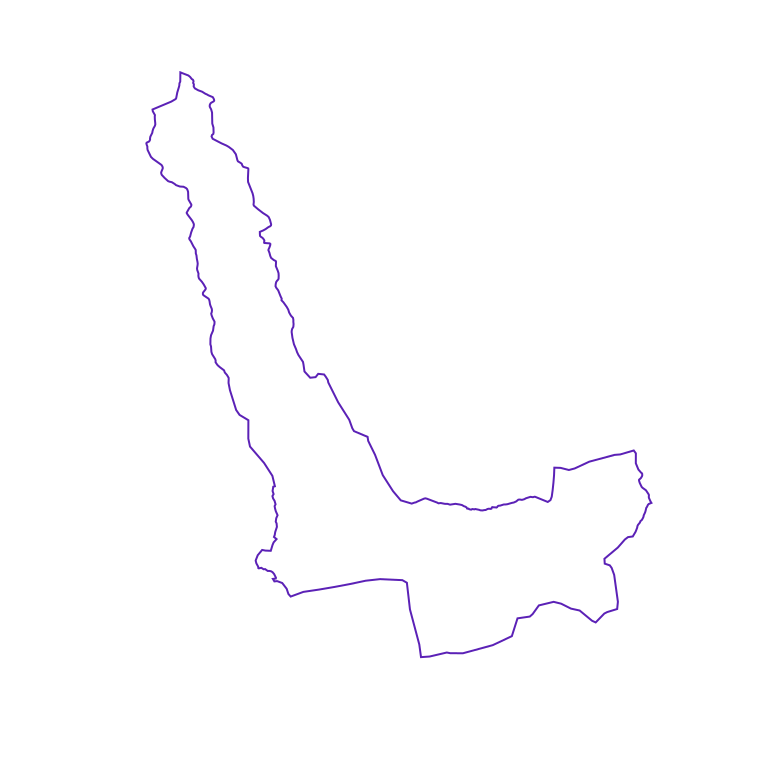 Pietrosita, Dâmbovita, Romania, rotated 13°
{"feature_id": "2599482B72915231289183", "entity_name": "Pietrosita", "entity_type": "district", "adm_level": 2, "iso_a3": "ROU", "parent_name": "Romania", "parent_adm1": "Dâmbovita", "projection": "albers", "projection_center": [25.417, 45.214], "detail": "fine", "context": "isolated", "style": "outline", "palette": "violet", "viewbox_px": 768, "rotation_deg": 13, "n_neighbors": 0, "source": "geoboundaries", "source_scale": "gbopen_adm2", "svg_char_len": 6148}
<svg xmlns="http://www.w3.org/2000/svg" viewBox="0 0 768 768"><g transform="rotate(13 384 384)"><path d="M660.7,476.6L662.4,471.3L662.8,468.5L663.0,467.1L662.9,465.5L663.2,464.1L664.5,461.5L664.7,460.0L665.9,458.3L666.6,455.7L666.7,454.7L666.6,453.6L667.3,450.4L667.4,448.7L667.4,445.7L667.9,444.5L668.3,442.5L668.9,441.4L671.3,439.7L670.2,438.6L667.7,435.3L667.4,434.4L667.1,432.6L666.6,431.9L663.1,428.6L659.3,427.0L658.2,426.3L655.4,422.8L654.3,420.9L654.1,420.2L654.1,419.8L655.4,418.0L656.1,416.0L656.2,415.1L655.8,413.5L655.3,412.9L654.5,412.6L651.1,410.1L647.2,404.6L645.0,394.9L642.3,392.6L630.0,399.5L624.6,401.2L601.5,413.5L588.8,423.4L583.5,426.2L574.9,426.0L568.8,427.2L570.2,434.6L571.3,442.1L572.2,449.5L572.8,456.1L572.3,459.7L570.1,462.1L556.6,459.9L556.0,460.0L554.6,460.8L552.1,461.0L548.7,463.0L547.6,463.7L546.9,464.5L545.0,465.6L544.2,465.9L542.4,466.0L540.9,466.5L539.2,468.7L537.1,470.3L535.3,471.1L531.2,473.4L529.6,474.0L527.7,474.5L524.5,476.4L523.1,476.8L522.3,477.5L521.9,478.6L521.3,479.1L519.8,479.2L518.8,479.5L517.6,479.5L517.1,479.7L516.8,480.2L516.8,481.2L516.6,481.4L515.7,481.8L514.3,481.9L513.0,482.5L511.4,483.9L510.0,484.3L508.6,485.0L506.4,485.4L505.0,485.2L501.0,485.3L500.3,485.8L498.1,486.0L497.4,486.7L496.4,486.9L495.0,486.8L494.7,486.5L494.2,486.4L493.4,486.7L493.0,486.7L492.3,485.8L491.9,485.6L490.7,485.2L489.4,485.1L487.2,484.4L484.8,484.4L480.5,484.7L475.5,486.7L473.0,486.5L470.1,487.1L466.1,487.2L463.9,488.0L462.5,487.6L451.5,486.1L450.0,486.1L448.8,486.7L443.0,491.0L441.6,492.2L440.4,492.7L437.9,494.3L426.5,493.6L416.9,486.4L403.3,473.1L391.2,455.0L381.4,443.0L379.9,439.2L365.4,436.7L363.1,434.3L358.2,426.7L343.5,412.2L329.4,395.1L328.3,392.7L325.6,390.0L323.5,388.2L317.6,388.9L315.8,392.7L310.7,394.5L303.7,389.7L301.2,383.2L300.1,380.7L294.1,375.0L292.1,372.5L290.5,369.9L287.3,365.5L284.4,359.6L282.3,354.1L282.1,352.6L282.1,351.1L282.8,348.7L282.4,345.9L281.7,343.9L281.3,342.0L280.5,340.1L277.9,338.3L275.5,335.7L274.0,333.1L271.9,330.8L267.6,327.0L265.3,325.5L265.1,323.8L263.7,322.1L259.8,316.5L257.3,314.4L256.3,313.1L256.0,310.8L256.0,308.9L256.5,307.6L257.3,306.2L257.6,305.2L257.0,302.1L256.3,299.7L254.9,297.4L252.1,293.5L251.3,289.2L250.8,288.5L248.7,288.0L245.6,286.5L244.3,284.7L242.9,282.0L241.2,279.5L241.3,278.4L241.6,277.0L241.9,274.7L241.8,273.2L241.0,272.7L235.7,273.5L235.4,273.3L235.1,271.0L234.3,270.1L232.7,268.9L231.0,268.3L229.9,267.6L229.3,265.7L228.8,263.7L231.8,261.5L233.8,259.7L236.1,257.1L237.6,255.9L238.2,254.9L238.1,253.8L236.0,249.8L234.1,247.3L232.3,246.3L227.5,244.6L222.1,242.1L217.1,239.5L216.5,238.5L216.2,235.9L215.3,232.8L214.3,230.2L213.0,227.7L206.1,217.7L205.1,214.0L203.5,205.1L203.2,204.5L202.2,204.3L198.7,204.1L197.8,203.9L196.6,202.7L195.8,201.4L194.4,200.8L191.6,199.9L190.8,198.9L188.0,193.5L184.1,190.0L179.4,187.9L176.8,187.1L171.6,186.1L161.9,183.6L160.3,181.6L160.4,180.1L161.4,178.8L161.4,177.4L160.1,172.4L158.1,168.9L155.4,158.2L153.8,155.3L152.1,153.4L151.6,152.4L151.5,150.9L151.9,149.5L152.4,148.8L154.4,147.0L154.8,146.2L154.7,145.8L154.3,144.9L153.3,143.7L152.6,143.0L147.9,142.2L146.4,141.7L144.7,141.4L141.0,140.1L136.9,139.6L133.2,138.5L131.7,137.0L131.5,136.5L131.5,135.5L131.3,134.7L130.3,133.6L130.3,131.8L129.7,130.9L129.3,130.5L128.1,130.1L126.0,128.4L124.0,127.4L115.5,126.2L117.4,135.0L117.4,135.5L117.1,136.7L117.1,137.4L117.4,139.0L117.4,140.4L117.0,146.4L117.2,152.2L116.9,153.2L113.2,156.7L96.7,168.6L97.4,170.3L100.3,173.5L100.5,175.1L101.2,177.7L102.4,181.2L102.8,182.7L102.6,184.4L101.9,186.6L101.7,187.8L101.6,189.8L101.7,191.4L100.7,195.6L100.8,197.5L101.1,198.5L101.0,199.3L100.6,200.5L98.5,202.2L98.3,202.9L98.9,204.2L100.0,205.8L100.4,207.6L101.0,209.1L105.8,215.1L108.2,216.6L117.9,220.6L119.2,221.9L119.8,223.1L119.9,223.9L119.4,226.9L119.3,228.1L119.7,229.2L120.5,230.3L123.9,232.6L128.0,234.9L129.5,235.1L131.9,235.1L135.1,236.2L136.6,237.0L140.6,237.5L144.3,236.9L147.0,237.6L148.2,238.3L149.1,239.5L149.9,240.9L151.7,247.7L152.2,248.5L155.9,252.5L156.1,253.5L155.9,254.6L154.7,256.4L153.2,261.4L153.3,261.8L154.5,263.1L160.0,267.7L161.6,269.4L162.8,271.1L163.0,272.3L163.1,273.9L162.5,275.7L162.0,279.8L161.9,283.9L161.4,285.5L161.5,286.1L162.0,286.9L163.7,288.4L167.3,292.7L169.6,294.9L170.4,295.8L171.3,299.2L172.3,300.8L173.4,303.9L174.8,307.0L175.4,308.6L175.6,310.1L175.8,313.4L176.3,314.8L178.4,318.1L178.8,320.4L179.5,322.0L180.1,322.9L183.6,325.4L185.9,327.5L188.7,330.6L188.9,331.2L188.8,332.0L187.2,335.4L187.1,336.0L187.3,337.1L187.7,337.8L188.6,338.3L193.8,340.3L194.6,341.1L195.4,342.6L196.5,345.4L197.4,346.9L199.2,349.4L199.8,350.8L200.0,352.6L199.8,354.3L200.6,355.9L202.5,358.7L204.8,361.3L205.1,362.5L205.3,364.2L205.0,365.9L205.4,370.5L204.5,375.4L204.7,378.8L205.9,384.4L207.0,386.3L208.6,391.5L209.8,393.6L214.0,397.8L214.7,399.1L215.0,400.7L216.8,402.4L217.8,403.2L220.2,404.5L225.1,406.7L226.3,408.6L228.9,410.5L231.2,412.9L231.5,413.9L232.3,418.0L235.3,424.7L245.8,442.6L250.2,446.6L260.0,449.8L264.1,467.8L267.5,475.1L284.9,487.9L295.9,498.6L300.7,508.2L299.2,509.0L299.5,513.3L301.2,516.1L300.5,518.3L301.7,520.5L303.6,522.4L305.4,525.6L304.9,527.6L305.8,529.7L307.2,532.3L309.8,535.8L309.2,539.0L309.5,542.5L310.7,544.0L311.8,547.3L311.3,552.7L311.5,555.8L311.2,557.8L314.2,559.3L312.1,563.1L311.6,565.9L311.2,572.0L305.9,573.0L302.6,573.1L299.5,579.2L298.7,584.6L298.7,585.0L300.0,587.5L302.5,590.3L303.0,591.7L303.5,591.8L305.8,590.7L308.4,591.6L309.8,591.1L312.7,592.3L314.6,591.9L316.1,591.9L317.7,592.4L319.7,593.9L322.3,597.1L322.3,597.9L319.6,598.9L321.6,601.0L324.2,600.1L329.6,600.8L335.2,605.4L338.1,610.1L340.9,612.1L352.2,604.7L367.0,598.9L381.6,592.8L396.0,586.5L410.4,579.8L424.1,575.0L446.0,571.0L451.0,572.5L460.0,597.8L477.0,629.9L481.5,641.8L489.7,639.3L505.6,631.5L509.1,631.4L521.5,628.6L548.7,614.0L565.3,600.9L566.8,582.3L578.4,577.8L580.6,574.7L584.7,564.9L598.3,558.1L606.0,558.2L616.7,560.8L625.6,560.7L640.0,567.9L643.9,568.7L650.3,558.1L652.8,556.0L661.8,550.8L660.9,543.6L651.2,518.2L647.2,512.0L644.8,509.9L639.5,509.4L638.1,504.7L648.6,490.8L653.7,481.3L656.2,478.3L660.7,476.6Z" fill="none" stroke="#5b21b6" stroke-width="2"/></g></svg>